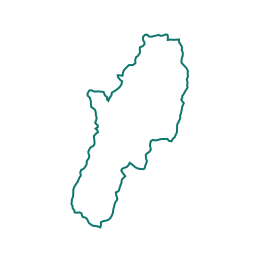 Guarantã, São Paulo, Brazil, rotated 150°
{"feature_id": "56859067B8052409163305", "entity_name": "Guarantã", "entity_type": "district", "adm_level": 2, "iso_a3": "BRA", "parent_name": "Brazil", "parent_adm1": "São Paulo", "projection": "albers", "projection_center": [-49.583, -21.913], "detail": "fine", "context": "isolated", "style": "outline", "palette": "teal", "viewbox_px": 256, "rotation_deg": 150, "n_neighbors": 0, "source": "geoboundaries", "source_scale": "gbopen_adm2", "svg_char_len": 3017}
<svg xmlns="http://www.w3.org/2000/svg" viewBox="0 0 256 256"><g transform="rotate(150 128 128)"><path d="M69.7,199.2L71.0,196.5L70.9,194.3L71.6,192.5L73.4,191.7L75.2,191.6L77.3,192.0L78.6,190.0L79.6,187.6L81.4,186.4L83.3,185.5L85.6,185.3L87.6,183.5L89.2,180.4L92.4,180.1L93.9,181.0L95.7,182.0L98.8,181.2L101.7,180.5L103.3,179.6L105.0,178.1L106.6,176.0L108.6,177.6L110.5,178.8L111.2,177.3L111.0,175.1L110.5,173.0L109.7,171.3L112.0,169.0L114.1,167.9L115.6,167.4L119.0,166.8L121.6,166.7L124.3,166.7L126.1,164.5L127.9,163.7L130.1,162.5L131.4,161.4L132.0,163.2L130.6,164.8L131.6,167.5L131.4,169.8L131.1,171.4L135.3,174.5L138.3,176.0L139.5,177.0L140.8,179.0L142.6,179.8L144.3,179.0L146.3,177.6L146.7,175.9L145.9,173.2L146.9,169.5L148.1,167.5L149.3,164.5L148.2,162.5L147.5,160.2L147.8,158.6L149.4,154.9L150.2,152.3L151.3,151.0L152.4,150.0L153.8,149.0L153.6,147.4L152.9,145.6L153.5,144.0L156.4,143.6L155.7,141.8L156.1,139.3L158.1,139.2L161.7,138.1L163.0,134.8L164.2,132.2L165.3,130.7L167.1,129.7L169.0,130.0L171.1,129.5L172.5,128.5L174.1,127.5L175.0,125.8L175.3,123.3L177.1,121.4L180.3,120.0L181.4,118.0L182.6,116.8L185.8,115.2L187.2,114.9L189.6,115.1L191.7,113.2L192.6,110.4L195.0,109.3L198.0,106.9L200.6,105.6L203.7,104.0L206.1,102.1L208.2,98.6L209.8,96.1L212.5,94.0L213.6,92.2L214.9,90.6L215.1,88.4L216.1,85.9L215.6,83.8L216.4,81.5L214.8,80.3L212.3,79.2L211.0,77.5L211.8,73.8L209.9,71.9L209.0,70.1L209.1,67.9L209.4,65.4L208.5,63.2L207.3,60.9L205.1,59.3L203.8,58.3L201.7,55.8L199.9,57.6L198.5,60.0L196.0,59.7L193.2,58.7L191.3,58.3L189.1,58.6L187.6,59.2L185.9,60.2L183.5,62.1L182.0,64.1L180.9,65.4L179.7,66.5L177.0,69.4L175.3,70.4L173.8,70.9L172.5,72.2L171.9,75.3L170.8,78.3L168.5,78.0L167.0,78.5L165.4,80.1L163.2,82.1L161.1,83.8L159.6,85.9L158.4,86.7L156.7,87.1L154.5,87.6L154.8,90.2L155.1,92.4L155.1,94.6L153.5,95.6L150.9,95.4L148.7,94.8L145.8,95.7L143.9,97.0L143.2,95.5L142.5,93.9L141.9,92.1L141.2,90.1L139.7,88.0L137.6,86.2L136.3,85.4L135.0,84.5L133.3,85.1L131.8,86.8L129.8,88.4L128.3,89.6L127.9,91.3L127.5,92.8L126.7,94.6L125.9,96.0L124.3,96.5L121.2,96.7L118.9,98.1L118.3,100.0L117.9,101.6L116.3,103.7L114.6,105.3L111.9,105.1L110.9,103.8L109.0,102.9L107.6,102.6L105.5,102.1L103.5,101.1L101.1,99.8L99.4,98.9L98.9,96.3L97.0,94.8L94.8,96.1L92.3,96.7L91.0,97.6L89.7,98.5L87.9,99.7L86.3,102.2L85.3,103.8L84.3,105.5L82.8,107.1L81.4,107.8L80.0,108.8L78.6,109.8L77.5,110.7L76.7,112.8L74.9,114.0L73.2,116.1L72.1,117.2L70.7,119.1L67.2,121.7L67.7,124.1L67.6,126.1L65.9,127.0L65.0,128.6L63.1,129.3L60.9,130.8L58.5,132.0L56.3,133.2L55.3,135.6L54.0,137.1L53.3,138.7L52.9,140.6L51.7,141.5L50.2,142.7L49.4,144.9L47.8,147.0L47.5,149.1L47.5,151.2L48.1,153.6L48.7,155.9L49.0,157.8L47.8,160.1L45.4,162.4L43.7,164.3L42.7,166.5L42.4,169.0L41.2,170.1L40.7,171.8L40.7,174.2L40.8,177.0L39.6,179.2L41.9,180.2L45.0,181.9L46.9,183.3L49.6,184.4L48.7,185.7L47.6,187.4L47.3,189.0L48.5,190.2L50.1,190.4L51.9,190.7L53.8,191.6L54.8,193.2L62.1,195.4L64.0,196.6L64.6,199.2L66.9,200.2L69.7,199.2Z" fill="none" stroke="#0f766e" stroke-width="2"/></g></svg>